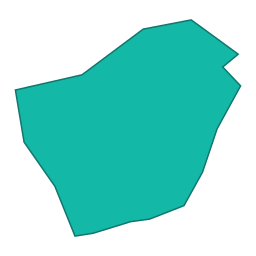 map outline of Praia (Robinson projection)
{"feature_id": "CPV-5053", "entity_name": "Praia", "entity_type": "state/province", "adm_level": 1, "iso_a3": "CPV", "parent_name": "Cabo Verde", "parent_adm1": "", "projection": "robinson", "projection_center": [-23.509, 14.947], "detail": "fine", "context": "isolated", "style": "filled", "palette": "teal", "viewbox_px": 256, "rotation_deg": 0, "n_neighbors": 0, "source": "natural_earth", "source_scale": "10m", "svg_char_len": 322}
<svg xmlns="http://www.w3.org/2000/svg" viewBox="0 0 256 256"><path d="M238.2,54.2L222.7,67.0L240.6,85.9L217.1,128.8L202.5,172.2L184.0,205.6L149.6,219.1L130.5,221.7L92.9,233.3L75.0,236.1L54.9,186.3L24.1,142.2L15.4,90.0L82.0,74.8L143.2,29.1L191.2,19.9L238.2,54.2Z" fill="#14b8a6" stroke="#0f766e" stroke-width="1.5"/></svg>